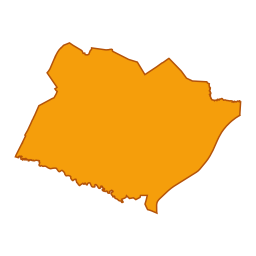 Dobeles pag., Dobele, Latvia (Albers equal-area conic projection)
{"feature_id": "27541924B40989782476416", "entity_name": "Dobeles pag.", "entity_type": "district", "adm_level": 2, "iso_a3": "LVA", "parent_name": "Latvia", "parent_adm1": "Dobele", "projection": "albers", "projection_center": [23.259, 56.68], "detail": "fine", "context": "isolated", "style": "filled", "palette": "amber", "viewbox_px": 256, "rotation_deg": 0, "n_neighbors": 0, "source": "geoboundaries", "source_scale": "gbopen_adm2", "svg_char_len": 5528}
<svg xmlns="http://www.w3.org/2000/svg" viewBox="0 0 256 256"><path d="M169.0,58.4L168.8,58.4L162.9,62.6L161.9,63.0L156.7,66.8L144.9,74.6L137.3,62.1L128.5,59.4L127.6,58.9L112.6,51.3L112.3,49.7L111.5,49.5L111.5,49.3L109.9,49.4L108.8,49.7L106.0,49.9L91.6,47.9L91.5,49.5L90.4,50.4L88.7,54.4L87.3,54.9L86.2,54.8L85.2,54.6L84.7,53.1L83.2,53.4L82.1,51.0L81.2,50.2L73.0,45.3L69.5,42.9L63.6,45.3L61.0,48.0L60.9,47.9L60.1,48.8L59.3,49.6L57.6,52.1L55.7,55.6L55.8,55.6L55.0,57.5L54.9,57.4L50.0,68.8L48.6,71.0L47.1,72.8L57.0,87.3L56.2,88.0L54.9,88.8L56.1,90.5L57.2,91.4L56.1,94.1L54.0,97.8L52.1,98.6L38.9,105.7L34.7,115.3L33.5,117.6L33.6,117.8L32.2,120.3L31.3,122.4L30.2,124.9L30.1,125.0L27.7,130.2L24.9,135.1L25.6,135.9L22.2,142.9L22.4,143.0L22.0,143.6L21.9,143.5L16.2,154.8L15.4,156.8L16.4,157.0L17.5,157.5L17.9,157.3L18.3,157.6L18.6,157.1L18.6,156.5L18.8,156.4L18.9,156.5L19.1,156.9L19.5,156.2L19.8,156.1L20.1,156.2L20.1,156.6L20.6,156.8L20.9,156.7L21.2,156.3L21.3,156.2L21.8,156.4L22.0,156.6L21.9,156.8L21.0,157.0L20.7,157.4L20.8,158.1L21.0,158.5L20.9,159.0L21.2,159.3L22.3,159.5L22.7,160.0L23.0,159.8L23.1,159.5L22.8,159.1L22.8,158.7L23.9,158.7L24.4,159.4L24.4,159.7L24.6,159.8L24.9,159.9L25.0,159.9L25.0,159.7L24.8,158.9L24.8,158.7L25.0,158.6L25.6,158.5L25.6,158.9L25.7,159.0L26.2,158.9L26.4,159.7L26.6,159.9L27.1,159.9L27.1,159.7L26.7,159.5L26.8,159.3L27.6,159.5L28.0,159.6L28.1,159.8L28.5,160.1L28.5,160.8L29.4,160.6L29.7,159.8L30.0,159.6L30.4,159.7L30.6,159.9L31.0,160.0L30.9,160.2L31.1,160.3L31.7,159.9L31.9,160.4L32.3,160.5L32.9,160.7L33.4,160.3L33.6,160.3L33.7,160.7L33.8,160.8L34.6,160.8L35.4,160.4L36.2,160.2L38.2,160.6L38.8,160.5L39.4,160.8L39.5,161.1L39.1,161.7L39.1,162.0L39.7,162.6L39.5,163.6L39.1,164.5L39.0,164.9L39.3,165.6L40.0,166.0L40.4,166.1L41.0,165.6L41.3,165.6L42.8,166.3L43.7,166.3L44.7,166.1L45.5,166.3L46.5,166.6L47.1,167.2L48.3,167.9L49.9,168.6L50.8,168.7L52.6,168.3L54.3,168.1L56.1,168.2L56.5,168.5L58.3,171.0L59.0,171.6L59.3,171.7L60.1,171.4L61.3,170.5L62.1,170.4L62.5,170.6L64.1,172.2L64.5,172.9L65.0,174.5L66.1,175.8L66.6,175.8L67.6,175.6L68.7,175.6L70.1,176.1L70.7,176.5L70.7,178.0L70.8,178.2L71.0,178.6L71.7,179.7L72.5,180.5L72.9,180.6L73.9,179.8L74.8,179.3L75.3,179.5L75.8,179.2L76.0,179.3L76.1,179.5L76.1,180.2L76.7,182.4L77.7,183.4L78.4,184.6L79.4,185.5L79.8,185.5L80.8,184.6L82.2,183.8L82.8,183.3L83.4,183.6L83.6,184.1L84.1,184.2L84.4,184.0L84.6,183.4L84.8,183.2L85.1,183.1L86.0,184.3L86.5,184.8L87.2,184.7L87.3,184.7L87.5,183.9L87.8,183.4L88.9,182.8L89.8,182.9L90.1,183.2L91.5,186.2L92.2,186.8L92.8,187.0L94.3,187.0L94.8,186.8L94.9,186.5L94.9,185.2L94.9,184.9L95.1,184.8L95.8,184.5L96.1,184.6L96.6,185.1L97.5,186.2L98.2,187.5L98.6,187.9L99.0,188.3L99.4,188.4L100.0,188.3L100.2,188.1L100.6,187.5L100.7,186.6L100.9,186.2L101.3,186.1L102.3,186.4L102.5,186.8L102.3,187.5L104.3,188.6L104.5,188.9L104.4,189.4L104.2,189.7L103.9,189.8L103.5,189.7L102.9,189.4L102.5,189.4L102.3,189.5L102.3,189.9L102.5,190.4L103.3,191.0L103.8,191.1L104.3,191.0L104.8,191.4L105.5,191.5L106.3,191.1L106.7,191.1L107.2,191.3L107.5,191.5L107.6,191.8L107.4,192.4L107.6,192.7L108.2,193.1L109.1,193.2L109.6,193.1L109.8,192.8L109.8,192.5L109.6,191.8L109.6,191.5L110.1,191.1L110.8,190.8L111.4,190.3L111.8,190.3L112.9,191.1L113.0,191.5L112.7,192.0L112.0,192.1L111.8,192.3L111.2,193.6L111.2,194.0L111.7,195.0L112.3,195.3L112.6,195.6L112.7,196.4L113.0,196.9L113.4,196.9L114.0,196.3L114.4,196.2L114.7,196.6L114.7,197.2L114.9,197.9L115.3,198.4L116.9,198.9L119.1,200.7L120.3,201.0L121.9,200.9L122.0,201.2L121.9,201.4L121.6,201.8L121.5,202.0L121.8,202.4L122.2,202.5L123.1,202.0L121.7,199.3L124.9,198.0L126.1,197.1L126.5,196.7L126.3,196.5L126.5,195.7L129.5,198.5L133.4,197.8L135.8,199.6L140.0,197.4L140.5,195.4L147.3,195.4L146.2,200.0L145.0,204.1L146.1,206.6L147.6,209.6L149.5,210.1L151.5,210.8L156.9,213.1L156.7,211.6L156.6,204.9L157.0,202.6L157.6,201.3L158.6,199.9L159.5,198.9L168.3,190.6L171.2,188.2L174.0,186.2L196.2,172.3L198.1,170.9L199.8,169.2L205.6,162.2L208.0,159.0L210.0,155.8L213.0,150.2L217.6,139.8L219.0,136.9L221.6,132.3L223.6,129.5L226.4,126.1L229.8,122.7L231.8,120.9L235.7,117.9L240.0,115.2L239.8,114.8L240.6,102.0L240.0,102.1L239.8,101.8L239.9,101.6L239.9,101.1L239.8,100.9L239.5,100.8L239.0,101.2L238.4,101.5L238.2,101.4L238.0,101.1L237.3,101.1L236.7,101.7L236.3,101.9L235.8,101.9L235.5,101.6L235.1,101.6L234.6,101.3L234.3,101.3L234.0,102.1L233.9,102.2L233.6,101.9L233.3,101.7L232.5,101.9L232.7,101.4L232.5,101.2L232.1,101.0L231.1,100.8L229.6,100.9L227.7,100.5L226.7,100.5L226.1,100.2L225.0,99.9L223.7,100.2L223.4,100.0L222.4,98.8L221.9,98.5L221.2,98.7L221.0,99.0L220.7,99.1L219.9,99.0L219.6,99.5L219.1,99.4L218.8,99.4L218.8,99.5L218.9,99.9L218.7,99.9L218.4,99.7L217.9,99.9L217.5,99.7L217.4,99.4L217.2,99.5L217.1,99.8L216.8,100.0L216.5,100.3L216.6,100.5L216.2,100.5L215.9,100.2L214.8,100.2L214.5,100.4L214.3,100.7L213.9,100.3L212.8,99.9L212.2,99.9L211.8,99.7L211.6,99.4L211.3,98.5L210.7,98.2L210.7,97.9L210.8,97.7L210.7,97.5L210.8,97.2L210.7,97.1L210.1,96.3L210.4,95.6L210.4,95.1L210.1,94.8L209.7,95.0L209.6,94.8L209.7,94.6L209.5,94.3L209.6,94.2L209.8,94.1L210.5,94.2L210.6,93.8L210.6,93.5L210.8,93.4L210.8,93.0L210.7,92.8L210.6,92.5L210.1,92.1L210.2,91.9L209.9,91.5L210.1,91.2L209.9,91.0L209.7,91.0L209.5,90.9L209.7,90.6L209.5,90.4L209.8,90.0L209.8,89.5L210.1,89.4L210.3,88.9L210.2,88.5L210.3,88.1L210.0,88.0L210.2,87.7L209.9,87.3L209.5,87.4L209.4,87.3L209.3,86.1L209.1,85.3L209.1,84.9L209.3,83.8L207.5,83.0L206.8,81.8L192.4,81.0L186.5,78.2L181.3,71.1L169.0,58.4Z" fill="#f59e0b" stroke="#b45309" stroke-width="1.5"/></svg>